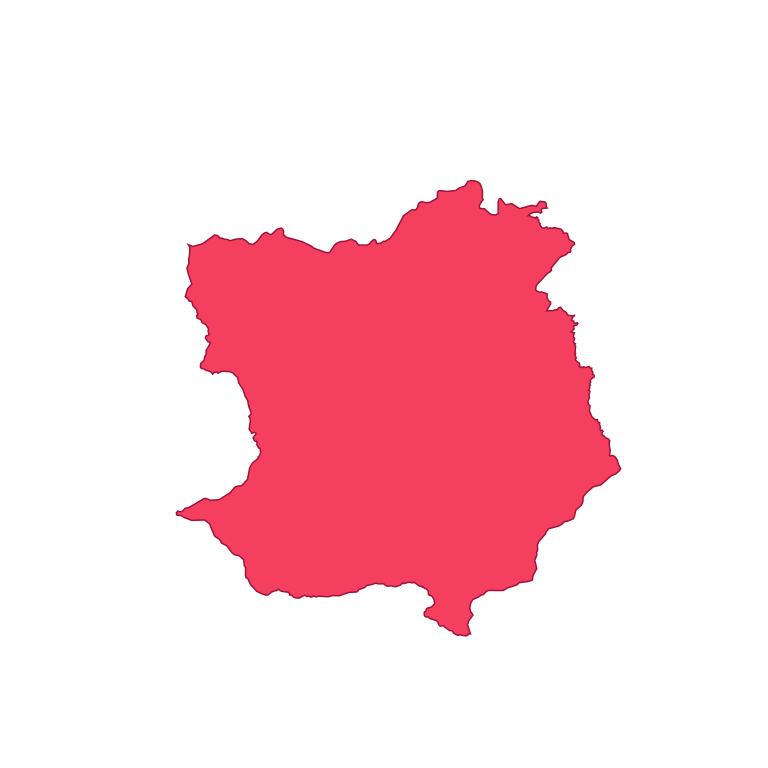 Ortega, Tolima, Colombia (orthographic projection), rotated 217°
{"feature_id": "7082276B4553188795212", "entity_name": "Ortega", "entity_type": "district", "adm_level": 2, "iso_a3": "COL", "parent_name": "Colombia", "parent_adm1": "Tolima", "projection": "orthographic", "projection_center": [-75.305, 3.933], "detail": "fine", "context": "isolated", "style": "filled", "palette": "rose", "viewbox_px": 768, "rotation_deg": 217, "n_neighbors": 0, "source": "geoboundaries", "source_scale": "gbopen_adm2", "svg_char_len": 6171}
<svg xmlns="http://www.w3.org/2000/svg" viewBox="0 0 768 768"><g transform="rotate(217 384 384)"><path d="M189.5,226.4L183.1,226.6L180.9,228.1L178.4,226.8L173.9,227.7L172.0,229.6L166.9,232.2L166.0,233.8L166.5,235.2L164.5,236.4L172.9,242.4L172.9,244.0L173.8,245.2L173.9,253.1L177.7,254.3L180.7,256.6L183.1,261.9L183.3,265.5L180.4,270.6L179.2,274.2L178.0,275.3L177.4,279.9L176.2,282.1L164.6,290.7L162.6,295.5L157.0,303.5L156.3,306.9L150.4,312.6L147.5,316.6L149.7,320.8L150.9,328.5L157.5,333.9L159.0,339.3L160.9,341.6L161.3,343.8L164.8,348.0L165.6,351.4L164.8,361.2L165.5,363.2L165.4,367.5L158.9,375.9L157.6,379.1L156.9,382.9L154.9,384.9L151.8,390.1L152.2,392.7L154.9,398.8L153.4,406.3L154.4,409.8L157.1,413.8L156.8,420.2L155.0,427.8L150.1,434.0L147.4,447.3L144.8,451.6L143.9,455.8L143.9,458.7L148.5,460.9L151.6,463.5L155.4,464.9L158.7,464.5L159.2,463.2L160.8,462.6L163.3,466.9L168.3,471.8L169.6,474.6L171.8,475.1L174.3,474.4L177.5,475.0L179.3,474.6L180.5,476.3L180.6,478.0L182.1,478.4L182.9,477.2L184.4,477.9L185.0,479.7L187.9,481.7L188.4,482.9L190.5,482.4L192.1,484.0L193.8,482.5L198.1,482.9L203.7,486.1L206.3,490.6L208.6,491.0L210.9,493.0L211.5,496.4L213.8,498.7L214.9,501.6L215.9,502.5L216.8,502.0L217.4,504.8L218.8,506.2L218.5,507.3L219.6,507.7L220.4,510.3L221.7,511.1L221.2,514.2L220.3,515.6L221.0,517.0L222.0,517.6L223.4,517.2L224.1,519.0L226.4,519.8L227.6,521.7L228.7,520.9L230.9,521.4L233.0,518.3L234.8,518.0L235.4,516.4L236.1,516.6L237.7,515.4L238.5,515.4L238.8,516.8L240.5,518.2L243.7,518.0L246.3,518.8L246.0,520.4L249.2,522.4L249.1,523.5L250.0,523.6L253.9,529.7L255.2,530.1L255.5,531.4L256.4,530.9L258.2,531.8L259.0,535.0L261.5,535.9L262.8,539.5L265.9,538.1L265.3,542.5L267.6,544.0L265.5,547.3L265.5,548.8L266.4,549.3L267.7,547.7L269.1,547.2L270.3,548.4L271.9,547.7L272.8,548.0L273.4,550.4L272.9,554.0L274.2,552.1L278.8,549.5L281.5,550.9L285.5,550.5L289.2,551.6L290.4,549.9L290.3,547.4L291.8,546.7L293.3,544.1L298.2,540.4L299.1,548.2L300.4,549.8L302.6,549.4L306.1,551.4L307.8,554.2L313.7,552.3L314.9,551.0L318.1,550.1L319.8,550.8L321.3,553.5L321.6,556.1L320.1,570.5L318.7,574.0L318.7,575.5L320.3,577.4L319.8,589.8L319.6,591.4L316.5,596.8L316.0,600.0L314.6,601.2L314.8,602.6L316.1,603.4L316.8,607.5L315.9,610.1L317.2,611.5L323.1,610.8L328.0,614.5L329.3,614.3L331.5,612.4L333.0,613.7L335.7,614.2L342.6,611.1L343.4,609.5L345.2,608.7L346.5,606.9L348.7,607.3L349.7,605.2L351.5,603.8L355.6,604.9L355.6,605.9L358.9,607.1L358.9,608.1L361.0,608.4L361.4,609.4L362.8,609.2L362.8,607.5L364.2,607.5L366.4,606.2L368.9,606.2L370.2,605.0L369.8,607.6L367.9,611.0L364.7,613.8L361.8,614.8L361.4,616.2L363.4,617.4L363.3,619.3L359.6,622.8L360.8,622.9L363.2,625.8L365.1,626.2L369.2,624.0L369.6,622.6L369.2,617.6L373.7,615.4L381.3,605.6L390.5,604.9L394.7,600.3L402.5,602.3L403.3,601.5L402.5,598.2L395.3,588.7L396.7,586.0L399.6,584.3L402.0,583.7L409.3,584.4L412.6,582.2L413.9,582.3L415.1,583.7L415.7,586.0L415.8,590.9L417.6,591.9L421.3,597.2L425.7,600.7L428.1,601.8L430.8,601.8L433.1,601.1L437.0,598.7L438.9,596.2L438.5,590.7L441.7,586.2L443.1,581.8L449.5,575.8L455.8,572.1L456.7,570.7L456.6,569.2L453.3,564.5L456.7,556.7L459.5,554.1L463.1,552.5L464.7,551.0L465.0,548.9L463.4,544.7L463.5,542.1L466.7,539.7L469.7,530.3L467.0,514.1L466.8,504.1L468.8,498.8L470.4,497.5L471.0,494.9L474.2,491.8L477.4,493.9L479.1,493.2L480.0,489.6L479.9,487.6L480.9,484.9L487.5,480.0L488.7,479.8L492.3,480.9L497.2,480.0L500.4,475.2L504.2,471.7L506.6,467.9L507.1,464.1L506.5,456.5L508.6,454.4L521.6,450.2L524.8,450.4L535.3,448.3L550.6,442.3L554.4,443.0L556.0,445.5L558.1,446.8L559.5,446.8L560.5,446.0L562.6,443.0L563.9,435.6L565.7,434.6L568.9,434.4L570.3,432.9L571.2,429.7L571.2,421.5L572.7,416.5L576.1,414.9L580.9,415.4L584.5,414.8L589.4,410.7L593.1,405.8L595.9,405.2L599.0,403.4L600.7,403.2L602.8,401.8L606.2,402.4L608.9,401.1L613.5,386.4L619.4,378.8L624.1,377.5L621.4,376.4L617.4,370.7L615.0,365.9L612.4,363.0L611.1,358.0L606.7,354.2L597.6,348.2L598.2,342.1L595.3,334.2L591.4,333.9L589.7,333.0L587.0,334.1L583.8,331.5L578.0,330.5L576.5,328.7L574.5,327.7L574.9,326.0L573.1,324.3L568.9,325.2L566.1,323.5L561.9,324.2L558.6,322.9L557.1,322.2L556.4,320.4L553.6,318.4L553.7,317.2L554.9,315.7L554.6,313.7L553.5,312.8L549.8,311.8L548.1,312.8L547.3,312.5L546.1,303.4L543.7,300.4L543.7,297.9L541.9,294.6L542.7,290.0L540.9,287.1L539.2,286.5L537.1,287.7L533.8,287.9L532.6,288.8L529.1,289.5L526.8,288.8L526.2,291.6L524.6,292.9L523.1,292.7L521.0,296.9L514.8,300.9L511.6,301.9L504.5,301.0L500.6,297.3L493.8,295.0L487.7,290.8L483.0,288.8L478.5,284.7L472.6,280.9L472.1,280.0L472.5,276.8L469.8,275.6L468.6,274.2L464.5,266.7L461.4,265.9L460.1,264.9L458.2,267.5L456.6,267.7L456.0,266.4L456.4,262.6L456.0,262.1L453.2,260.8L450.8,261.6L449.0,259.0L445.5,257.5L444.2,258.0L441.2,254.9L440.2,251.8L440.7,250.3L439.7,249.2L441.5,241.6L440.8,236.2L435.6,225.6L436.6,216.9L439.6,214.2L441.1,211.9L441.4,205.0L446.0,192.4L452.5,186.8L457.7,185.3L458.8,184.1L465.4,168.2L468.1,164.8L468.4,160.9L469.9,159.2L472.2,158.4L472.3,156.2L471.1,154.9L470.3,154.7L466.3,157.1L463.0,157.2L455.5,159.4L445.5,167.4L439.2,167.4L428.4,160.9L426.9,160.5L422.2,161.0L417.6,159.2L412.6,160.2L403.6,157.7L400.7,157.7L396.3,159.7L390.3,159.2L386.3,154.9L383.9,154.0L379.9,148.3L377.6,146.3L375.6,146.6L370.6,143.8L361.0,141.8L355.8,142.9L351.4,144.2L349.6,145.8L348.7,149.9L346.5,153.6L345.6,154.0L344.7,156.6L341.2,156.7L335.2,160.0L333.3,159.8L332.4,158.7L330.7,159.8L327.9,159.4L325.4,160.2L322.9,162.0L320.3,167.6L317.6,167.9L316.4,169.5L313.9,169.8L312.8,172.1L309.9,173.3L308.9,174.9L300.7,180.4L297.6,184.2L292.4,187.9L286.4,196.7L280.9,201.2L280.3,202.3L280.4,204.7L277.1,209.5L276.5,212.8L273.3,216.2L270.7,220.1L268.6,220.7L264.2,224.1L260.0,224.3L256.7,227.2L252.9,228.8L250.0,233.0L249.2,236.3L247.9,236.7L244.6,241.0L241.5,242.3L240.7,243.7L234.1,243.9L232.4,245.0L230.7,244.8L230.3,245.6L228.5,245.1L227.1,246.0L224.3,245.4L221.7,242.6L220.2,242.6L218.7,243.6L214.7,242.2L211.3,239.1L212.0,234.2L214.3,231.4L214.8,229.9L213.8,228.0L214.5,226.0L213.1,223.9L211.7,223.2L210.2,223.3L208.3,224.6L205.7,224.5L200.5,226.4L198.4,226.4L194.2,224.4L193.1,224.7L191.0,226.9L189.5,226.4Z" fill="#f43f5e" stroke="#9f1239" stroke-width="1.5"/></g></svg>